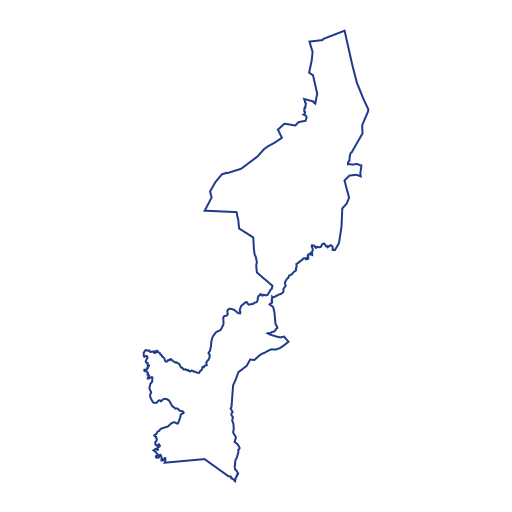 Zapotitlán Tablas, Guerrero, Mexico
{"feature_id": "50627088B79623688791809", "entity_name": "Zapotitlán Tablas", "entity_type": "district", "adm_level": 2, "iso_a3": "MEX", "parent_name": "Mexico", "parent_adm1": "Guerrero", "projection": "natural_earth1", "projection_center": [-98.863, 17.322], "detail": "fine", "context": "isolated", "style": "outline", "palette": "blue", "viewbox_px": 512, "rotation_deg": 0, "n_neighbors": 0, "source": "geoboundaries", "source_scale": "gbopen_adm2", "svg_char_len": 6114}
<svg xmlns="http://www.w3.org/2000/svg" viewBox="0 0 512 512"><path d="M204.7,210.7L236.4,212.1L236.9,213.0L237.2,216.0L238.2,219.4L239.1,228.5L253.3,237.5L253.9,249.1L254.6,254.5L255.7,256.6L256.9,262.1L256.2,265.7L256.9,272.5L272.4,285.8L271.8,288.8L270.3,290.0L269.9,291.1L267.4,295.0L265.7,295.4L263.7,294.7L262.8,295.6L262.0,295.5L261.2,294.3L260.4,294.1L259.6,295.4L258.5,296.0L257.7,298.5L257.8,299.7L257.0,301.7L256.2,302.3L254.1,302.9L253.0,304.0L250.4,304.2L249.7,304.7L248.8,304.7L247.7,303.7L246.9,302.2L245.8,302.1L245.1,302.7L241.5,305.6L241.0,306.3L239.7,310.1L239.8,311.2L240.4,312.0L240.2,313.4L238.1,313.2L234.4,310.0L232.3,309.2L230.0,308.6L228.1,309.5L227.9,310.2L227.4,310.6L227.4,312.6L227.8,314.1L227.6,314.6L226.2,315.8L224.2,316.1L223.3,317.4L223.5,323.9L223.0,325.4L221.0,329.4L220.1,330.3L216.4,331.9L215.6,332.7L213.2,336.0L212.3,337.8L211.3,341.7L211.0,346.0L209.9,351.1L208.7,352.5L208.5,353.2L208.6,353.6L209.7,354.7L209.5,357.8L208.4,359.9L207.0,361.3L206.4,362.4L206.4,363.8L206.8,365.1L206.4,365.4L204.6,365.8L203.9,367.1L202.9,366.8L202.5,367.0L202.4,368.4L201.4,370.2L200.4,370.7L199.1,372.9L196.7,372.6L194.4,371.4L193.5,371.6L192.9,370.9L191.8,370.5L190.3,371.5L189.7,371.0L188.7,371.0L188.0,369.9L186.5,370.2L185.5,369.2L184.0,369.6L183.3,369.4L182.3,367.7L181.0,367.5L179.3,364.1L178.5,363.4L177.2,363.0L176.6,362.3L175.5,362.6L172.8,360.9L170.9,359.1L170.3,359.1L169.6,360.3L168.2,360.0L167.2,361.5L165.7,361.5L165.0,360.6L164.6,359.0L163.6,357.4L162.0,356.5L161.9,355.4L160.4,354.6L160.1,353.3L158.2,352.0L157.2,350.7L156.5,350.8L156.4,352.2L155.6,352.0L155.4,352.7L154.8,353.0L153.9,352.7L153.8,351.3L150.4,352.0L149.5,351.4L149.2,350.4L147.3,350.7L146.0,350.0L145.1,350.6L143.7,352.8L143.8,356.0L144.3,356.8L146.3,355.9L147.4,356.9L147.5,357.6L145.9,360.7L145.7,361.6L146.3,362.6L147.6,362.9L147.7,365.1L148.9,365.3L149.0,365.9L148.7,366.5L147.4,367.3L147.2,368.0L147.6,368.5L146.7,369.7L144.4,369.7L144.3,370.4L144.5,371.0L145.8,371.2L147.8,372.7L148.1,373.5L147.5,374.7L149.1,375.4L149.0,376.0L148.0,377.4L147.7,378.5L148.5,378.6L151.5,377.1L152.4,377.4L152.2,381.5L150.4,383.8L149.4,388.1L150.0,390.0L151.1,392.0L151.1,392.8L150.2,394.2L150.2,396.8L151.2,399.2L153.0,402.2L154.1,402.9L156.0,402.9L156.8,402.6L158.7,400.4L159.9,400.4L160.6,401.2L161.1,401.3L162.8,399.5L164.4,398.9L166.5,399.0L169.0,400.5L172.6,406.6L173.4,406.8L175.5,408.7L176.5,408.4L177.6,408.6L179.6,410.7L182.0,411.1L183.2,411.7L183.7,412.6L183.4,413.2L181.4,414.0L180.7,414.6L180.6,415.9L179.1,420.8L177.9,423.5L176.9,423.5L175.0,422.4L173.6,422.3L171.5,423.3L169.9,424.5L168.1,426.4L161.2,428.6L160.3,429.3L159.2,430.9L157.5,431.7L156.3,434.0L155.0,434.6L154.2,435.5L154.8,436.3L156.2,436.8L156.1,438.1L156.9,439.2L156.5,440.8L155.2,442.2L155.6,444.9L157.0,445.6L157.4,445.5L158.8,444.2L159.9,445.7L159.4,446.7L158.2,447.0L157.3,448.2L158.0,449.4L157.9,449.8L157.3,449.9L155.7,448.8L153.5,450.3L155.7,452.0L157.8,454.8L157.7,455.5L155.9,456.2L155.9,457.2L156.5,457.7L158.7,457.6L159.2,456.7L159.7,455.0L160.4,454.8L161.0,455.7L161.8,458.3L161.3,459.9L161.5,460.5L163.0,460.3L164.2,458.5L164.8,458.1L165.4,458.2L165.4,459.8L164.6,462.7L204.5,459.1L227.8,475.8L228.0,476.2L230.4,476.5L231.0,476.9L231.3,477.6L231.2,478.3L232.4,478.4L232.7,479.0L233.8,479.5L234.7,481.1L235.1,481.3L235.8,477.7L237.1,475.8L236.8,475.2L237.0,474.7L238.1,473.9L238.2,473.5L236.1,470.1L235.3,469.7L235.1,469.3L234.6,466.3L235.0,465.3L235.2,461.6L235.6,459.9L237.1,456.9L238.4,451.8L238.3,449.6L239.3,449.0L239.6,448.0L238.9,446.3L237.1,443.8L234.6,442.0L235.9,437.8L235.6,436.6L233.8,433.8L233.1,432.1L233.7,429.2L233.6,426.2L233.4,423.8L232.2,420.5L232.9,417.1L231.4,415.2L231.5,413.6L232.6,412.0L230.6,408.3L231.5,406.8L233.1,385.4L235.8,379.3L238.4,372.2L246.7,365.8L250.2,359.5L253.9,360.0L254.7,359.7L259.5,355.4L261.9,353.8L265.0,352.6L266.8,351.4L271.1,349.4L275.8,349.5L279.5,348.3L282.7,346.3L288.5,341.8L284.0,336.6L280.6,337.4L277.6,336.9L269.9,334.5L267.6,333.3L268.1,333.1L269.1,333.4L270.5,333.0L272.2,331.9L273.4,331.8L275.0,330.8L276.1,329.0L277.3,327.9L277.3,327.2L275.5,324.0L274.5,312.9L273.3,307.4L272.2,306.2L269.6,304.5L270.6,303.4L272.0,302.8L272.1,300.6L271.6,300.4L272.2,297.6L272.1,296.6L273.3,297.3L275.5,296.5L276.0,295.9L277.2,295.6L278.5,294.6L280.7,294.1L283.0,292.4L283.5,291.2L283.5,288.7L285.7,285.8L284.9,283.6L284.9,282.4L287.2,278.5L288.4,277.8L289.1,275.6L291.7,274.5L293.4,272.3L296.0,270.4L295.9,268.2L296.6,267.2L296.4,264.0L298.2,263.1L298.4,262.4L299.7,261.9L300.5,260.8L302.0,260.1L303.2,258.5L304.5,258.2L305.8,258.4L305.9,259.2L306.3,259.4L308.3,258.7L308.4,258.3L307.4,257.6L307.9,257.4L308.2,256.4L307.8,255.8L307.9,254.9L308.4,254.4L310.2,254.5L310.2,253.3L310.6,253.0L311.6,254.6L312.2,254.9L312.0,252.0L312.8,250.0L312.6,248.4L311.6,246.3L312.0,245.3L313.0,245.6L314.0,245.5L316.0,247.9L316.5,247.6L316.8,246.8L319.3,247.3L320.5,247.0L321.1,246.5L322.0,244.4L324.1,243.5L325.4,245.1L325.9,246.3L327.2,246.6L327.5,247.0L328.0,246.1L328.8,246.6L330.0,245.5L330.8,245.2L331.4,245.5L332.6,246.9L332.8,248.5L332.6,249.9L334.9,250.1L338.6,243.8L339.4,240.6L341.5,226.4L342.3,208.4L346.6,203.7L348.8,198.4L349.0,197.4L344.5,180.5L349.4,175.6L356.0,174.8L357.8,175.2L360.7,176.4L360.3,173.3L361.4,166.1L361.3,165.4L360.5,165.4L356.9,163.9L352.6,164.6L349.2,164.1L348.0,164.3L347.9,163.4L348.3,161.7L349.3,161.0L349.5,160.2L349.7,156.6L350.5,153.3L351.7,152.3L362.5,133.4L362.2,125.1L368.1,111.3L368.3,109.3L363.4,98.9L356.9,82.8L352.2,64.6L344.6,30.7L323.6,38.8L322.4,40.1L309.5,41.6L312.6,52.0L311.7,60.6L309.1,72.7L313.0,75.2L317.2,93.6L315.3,103.6L313.8,102.5L313.5,101.5L304.1,99.0L305.0,101.5L305.0,102.4L305.6,102.9L305.9,103.5L305.4,106.6L304.8,107.1L305.2,107.9L304.6,108.2L304.3,108.9L304.3,111.5L305.1,112.0L305.1,112.3L304.5,114.1L303.6,114.6L306.0,115.8L306.5,116.9L306.5,118.0L305.5,120.8L298.6,122.1L295.3,125.5L284.5,123.7L277.9,129.6L281.9,137.8L274.8,142.6L267.8,146.4L264.0,149.2L257.5,156.5L241.2,168.7L227.5,173.1L225.7,172.8L225.4,173.3L222.0,174.2L215.4,182.1L210.1,191.4L211.6,197.6L204.7,210.7Z" fill="none" stroke="#1e3a8a" stroke-width="2"/></svg>